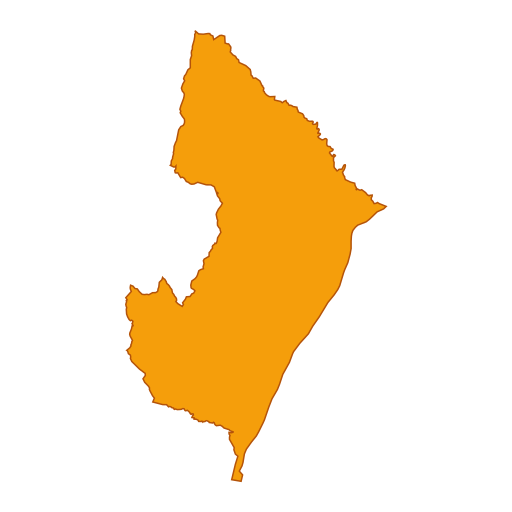 outline of Dubova, Mehedinti, Romania
{"feature_id": "2599482B77671592259888", "entity_name": "Dubova", "entity_type": "district", "adm_level": 2, "iso_a3": "ROU", "parent_name": "Romania", "parent_adm1": "Mehedinti", "projection": "orthographic", "projection_center": [22.168, 44.612], "detail": "fine", "context": "isolated", "style": "filled", "palette": "amber", "viewbox_px": 512, "rotation_deg": 0, "n_neighbors": 0, "source": "geoboundaries", "source_scale": "gbopen_adm2", "svg_char_len": 6059}
<svg xmlns="http://www.w3.org/2000/svg" viewBox="0 0 512 512"><path d="M184.7,80.8L182.9,83.8L181.4,88.1L182.3,91.0L183.7,92.7L184.2,93.7L184.3,94.5L184.1,96.3L183.5,98.8L180.8,106.0L179.9,109.3L180.8,111.3L180.2,112.8L182.4,116.5L184.3,118.9L184.6,120.7L184.5,122.7L184.1,123.9L183.2,125.4L180.8,126.6L178.7,129.8L176.5,140.8L175.6,142.4L174.1,146.4L173.9,150.3L173.3,152.6L173.6,153.7L172.6,157.2L172.6,158.5L171.3,161.0L171.1,164.5L170.3,165.3L173.7,167.0L175.0,167.0L175.9,166.0L175.8,169.0L174.7,170.4L175.2,172.7L175.9,173.0L177.8,172.8L180.7,177.6L182.4,177.2L183.4,177.7L184.5,178.6L186.3,181.5L188.3,182.3L190.2,183.8L191.6,184.2L194.0,184.0L197.7,182.3L206.2,184.8L211.0,184.9L214.3,186.8L216.4,192.4L217.4,192.4L218.0,193.1L217.8,193.7L216.8,193.8L217.5,195.9L219.7,198.7L220.1,200.6L220.5,201.2L222.4,203.2L221.0,205.9L218.4,209.2L216.6,212.9L216.2,214.5L217.1,219.0L217.7,220.1L217.4,222.7L217.5,225.3L219.0,227.7L219.9,228.3L220.2,230.2L220.9,232.3L217.6,237.8L217.1,241.3L216.2,243.4L214.9,243.2L214.8,243.9L212.8,245.5L212.3,246.6L212.5,248.4L211.0,250.0L210.4,251.3L209.2,252.5L209.0,256.3L204.2,259.1L203.4,260.7L204.0,263.7L203.1,266.9L203.4,268.7L200.4,269.7L198.8,270.8L197.4,275.2L196.4,277.1L195.0,278.7L191.8,281.0L190.8,285.1L191.1,287.7L191.5,288.3L193.5,289.4L194.9,290.7L194.7,291.3L193.7,293.1L191.8,293.9L190.1,296.5L186.4,296.8L185.4,299.2L182.6,302.8L183.4,304.5L182.2,306.4L177.9,303.7L175.9,301.6L176.6,300.4L176.5,298.9L175.8,297.4L174.7,296.3L173.7,294.3L172.5,293.0L171.8,289.5L170.1,287.5L169.6,286.3L168.3,284.7L166.8,283.5L166.2,281.6L164.8,279.3L163.5,278.5L162.6,277.4L161.9,279.7L159.3,282.3L158.8,287.0L158.0,289.1L157.9,290.6L157.5,291.5L155.7,292.6L152.5,292.7L148.9,294.7L147.0,294.3L144.4,294.6L142.1,294.3L139.2,291.6L137.3,288.9L134.9,288.5L133.1,286.2L130.6,285.2L130.2,287.3L130.3,288.9L131.3,291.5L125.8,297.7L127.2,299.8L126.3,300.5L126.6,301.6L125.8,304.3L126.1,306.0L126.7,307.5L126.3,309.4L126.6,314.0L127.6,316.8L129.1,319.5L130.4,320.7L131.6,320.2L132.5,320.8L132.9,321.3L132.4,323.2L132.1,323.5L132.4,323.8L132.3,324.4L133.1,325.3L133.0,325.8L132.7,326.1L132.1,326.0L131.5,328.9L129.8,333.1L129.7,334.5L130.2,336.2L132.5,340.4L131.8,341.7L131.6,343.3L130.8,345.1L131.0,345.9L129.8,347.8L126.8,350.3L127.2,350.5L127.9,351.9L128.4,353.7L130.4,355.1L130.7,357.0L130.4,358.5L131.8,361.5L139.5,369.1L145.2,373.4L145.3,375.5L143.0,378.8L144.7,382.3L148.2,385.9L149.5,387.8L149.4,389.4L150.1,391.1L152.6,395.8L154.4,398.1L152.8,402.0L162.7,404.6L166.6,404.7L168.5,406.8L168.9,406.5L170.8,406.7L171.7,407.6L173.6,408.1L174.0,409.1L174.4,409.4L175.4,409.0L177.3,409.6L179.5,409.5L181.4,409.3L182.7,408.6L184.0,408.7L185.0,410.5L185.7,410.8L187.3,410.3L189.0,411.6L190.5,413.9L190.8,413.6L191.4,414.2L192.7,413.8L193.2,414.0L193.4,415.0L192.6,415.8L191.9,417.5L194.3,417.9L194.4,418.2L194.0,418.5L194.0,419.1L196.4,419.3L197.4,419.8L198.3,420.4L198.6,421.4L201.2,421.5L201.9,421.1L202.8,422.1L203.2,421.6L204.8,421.6L206.0,420.8L206.8,420.7L208.9,421.7L209.2,422.5L212.7,423.0L213.5,422.3L214.2,422.7L214.6,424.0L215.4,425.0L216.4,425.7L220.3,425.2L222.2,426.3L224.0,428.0L229.2,429.7L230.0,430.7L233.1,431.8L233.0,432.3L231.2,432.8L229.0,432.4L229.1,434.0L230.0,435.5L229.5,437.0L229.5,439.4L234.2,447.6L233.9,449.8L235.4,454.1L237.9,456.2L235.4,464.2L231.7,479.7L241.1,481.3L242.6,474.9L239.3,471.1L242.0,465.9L243.0,462.4L244.4,453.9L246.4,449.1L251.4,442.1L256.3,436.0L258.6,431.9L262.9,423.2L264.4,419.9L268.8,407.0L272.0,398.8L277.4,389.5L279.5,384.3L282.8,374.3L289.4,362.4L292.6,353.7L293.6,351.6L299.8,343.3L308.4,333.8L312.7,326.2L319.2,316.9L327.9,302.5L334.1,294.9L337.8,289.5L339.7,285.7L343.6,272.7L344.7,269.7L347.8,262.7L350.1,254.1L351.1,248.5L351.1,241.1L351.4,236.0L351.9,233.2L352.9,230.4L355.4,227.2L357.8,225.1L366.2,221.8L369.5,219.2L377.2,211.8L383.6,208.9L386.2,206.4L379.2,203.6L377.5,202.5L376.1,203.3L374.1,203.6L372.8,201.2L371.3,199.7L371.3,197.5L372.0,196.7L372.2,195.1L369.9,195.3L369.1,195.8L368.2,195.2L367.6,195.1L365.6,192.6L361.7,189.7L360.2,190.2L359.6,190.1L357.3,188.9L356.6,189.7L356.2,189.5L356.5,188.2L355.1,185.5L354.7,183.2L350.6,182.1L345.3,179.6L344.6,177.5L344.7,176.8L343.5,175.1L342.5,172.2L344.1,169.8L344.9,167.9L345.4,165.7L345.2,164.8L344.3,164.9L343.8,165.4L341.9,169.2L339.1,169.3L337.4,170.8L337.0,170.9L336.5,170.5L336.1,169.6L334.4,167.8L334.0,166.4L334.1,162.3L333.5,160.9L333.5,158.1L333.8,157.3L335.4,155.8L334.8,154.9L333.8,154.5L333.3,155.0L332.7,156.4L332.2,156.3L329.5,153.0L329.7,152.1L332.3,150.9L332.9,150.2L333.1,149.3L331.2,148.4L330.1,146.6L328.2,146.4L327.4,145.9L326.9,145.0L326.7,143.6L327.0,139.7L326.4,138.9L325.6,138.6L324.7,138.8L323.6,139.5L322.1,139.9L319.0,138.1L317.9,136.8L320.2,134.6L320.4,134.0L320.1,133.5L319.5,133.3L317.9,133.3L317.8,132.9L318.5,132.0L318.5,131.5L319.2,130.0L319.0,129.1L318.4,128.6L317.5,129.1L317.0,129.0L316.8,128.6L317.5,125.3L317.5,122.8L317.4,122.5L316.9,122.5L315.7,124.2L313.4,124.4L312.7,124.0L312.5,123.3L313.2,122.1L313.0,121.5L312.5,121.2L309.4,121.3L307.3,120.4L306.7,118.7L304.8,118.0L304.1,117.3L303.7,115.5L302.5,113.8L298.4,112.1L298.1,111.4L298.0,110.4L297.3,109.3L296.9,107.2L292.9,106.5L291.9,105.7L290.6,105.2L289.1,105.3L287.9,103.2L286.8,102.6L285.9,100.5L283.8,101.5L282.4,102.7L281.6,102.4L280.9,101.5L274.8,100.1L274.4,99.6L274.8,96.5L270.1,96.7L268.8,96.4L266.4,94.8L264.5,92.6L264.3,91.7L263.4,91.0L263.5,89.4L263.8,88.8L263.7,87.9L262.6,86.5L262.6,85.9L262.0,85.6L259.9,81.0L255.7,78.0L253.3,78.3L251.9,75.7L251.2,75.3L251.0,74.5L250.8,71.9L250.2,69.5L245.9,65.7L239.1,62.5L238.5,59.8L236.7,58.6L235.6,56.4L232.9,54.9L230.2,51.9L230.7,50.4L230.6,49.5L230.9,47.9L230.7,46.8L228.6,43.9L227.6,43.9L225.1,43.1L224.7,36.2L221.7,35.3L219.8,35.5L213.7,39.6L212.9,36.0L210.4,34.8L209.8,33.6L208.2,33.5L203.3,34.2L198.6,33.9L195.0,30.7L195.6,32.3L195.5,33.0L194.7,34.5L194.8,36.1L194.2,40.0L192.4,46.3L192.3,49.7L191.7,50.3L191.3,52.7L191.6,55.7L190.3,59.5L190.3,67.8L187.9,69.8L185.8,74.4L184.5,75.9L183.6,78.8L184.7,80.8Z" fill="#f59e0b" stroke="#b45309" stroke-width="1.5"/></svg>